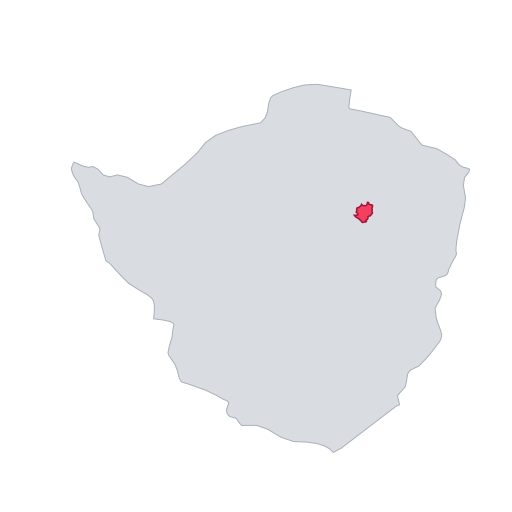 where Harare sits in Zimbabwe, rotated 10°
{"feature_id": "ZWE-525", "entity_name": "Harare", "entity_type": "City", "adm_level": 1, "iso_a3": "ZWE", "parent_name": "Zimbabwe", "parent_adm1": "", "projection": "albers", "projection_center": [31.074, -17.86], "detail": "fine", "context": "in_parent", "style": "filled", "palette": "rose", "viewbox_px": 512, "rotation_deg": 10, "n_neighbors": 0, "source": "natural_earth", "source_scale": "10m", "svg_char_len": 3446}
<svg xmlns="http://www.w3.org/2000/svg" viewBox="0 0 512 512"><g transform="rotate(10 256 256)"><path d="M366.3,436.0L361.8,433.0L355.7,431.0L347.9,430.1L337.8,430.5L325.3,432.2L312.0,430.2L297.7,424.6L285.8,422.7L271.7,425.3L271.1,425.3L268.6,423.4L264.7,419.3L258.2,418.6L256.5,417.7L255.0,416.2L254.1,414.2L253.7,412.0L254.7,405.1L254.1,404.4L252.3,403.6L248.8,402.8L240.2,399.8L229.5,396.9L212.0,393.9L205.2,393.1L203.7,392.2L201.7,389.7L198.2,381.9L194.9,376.7L187.3,368.9L186.1,366.4L186.3,360.0L186.8,354.9L187.5,350.5L187.1,346.4L186.9,341.4L187.1,338.0L186.0,336.5L183.3,335.5L175.5,335.2L166.1,335.6L165.7,330.4L164.6,322.5L162.7,317.9L160.5,315.6L156.1,313.2L147.3,310.0L135.2,305.0L124.8,297.6L112.8,288.4L109.1,286.8L104.6,277.9L97.5,262.8L97.8,257.6L96.8,255.2L90.1,247.8L88.6,243.9L87.3,240.0L76.8,229.2L73.1,224.5L70.3,218.4L67.5,213.5L65.2,211.6L62.2,208.3L60.0,204.5L59.0,201.7L59.6,197.8L60.5,195.1L70.4,197.6L75.8,197.7L79.9,196.2L85.1,197.9L91.5,202.7L98.2,203.5L105.4,200.2L115.3,200.8L127.8,205.5L138.0,206.3L150.2,201.6L160.8,189.1L170.8,177.3L180.7,163.8L186.6,153.0L195.4,144.1L207.1,137.1L219.1,131.2L237.4,124.0L241.1,118.2L242.2,111.9L242.1,103.2L243.0,97.5L244.9,94.9L248.0,92.9L251.9,90.2L264.0,83.5L274.2,79.1L286.6,76.3L300.3,76.1L313.4,76.0L320.9,76.0L321.0,84.4L321.6,93.8L323.1,94.8L333.0,94.9L348.8,95.6L364.0,96.2L373.8,103.1L377.0,104.5L387.1,106.4L400.0,117.9L415.5,119.0L426.2,122.7L435.5,126.7L440.9,131.4L444.4,132.5L449.1,132.9L451.4,133.4L450.9,136.8L447.7,142.5L448.0,150.7L452.2,162.1L452.7,172.1L451.2,189.5L451.1,206.5L451.5,212.5L452.1,216.5L453.0,218.7L452.8,221.2L450.2,228.3L448.1,235.8L448.0,238.7L447.1,240.8L445.6,242.7L438.9,246.1L437.7,248.2L437.7,252.1L438.5,255.3L441.0,256.6L444.0,258.4L445.2,260.9L445.2,263.4L444.2,268.2L441.4,276.0L444.0,285.0L446.9,290.9L451.0,297.7L452.7,301.9L452.6,304.9L451.9,307.9L445.6,320.2L441.1,327.8L435.6,336.0L428.4,341.1L426.6,343.6L425.8,346.4L426.0,352.6L425.6,359.0L419.5,368.9L423.2,377.5L422.3,378.3L420.2,379.5L411.4,389.0L402.5,398.7L396.0,405.8L388.6,413.8L380.3,422.8L373.3,430.5L366.3,436.0Z" fill="#d9dde1" stroke="#a8b0b8" stroke-width="1"/><path d="M354.9,187.5L355.2,187.4L355.6,187.2L355.9,186.9L356.3,186.1L356.5,183.8L357.4,183.8L357.6,183.9L357.8,184.1L357.9,184.5L358.0,184.9L358.2,185.3L358.6,185.4L359.5,185.6L361.2,185.5L361.7,185.7L361.9,185.9L362.1,186.5L362.2,187.1L362.1,187.7L361.9,188.6L361.9,188.9L362.0,189.3L362.2,189.6L362.4,190.0L362.4,190.3L362.4,190.9L362.4,191.2L362.5,191.7L362.7,192.2L363.1,193.2L363.2,193.5L363.1,193.9L362.9,194.3L362.4,194.8L362.2,195.1L362.1,195.5L362.0,196.1L361.8,196.4L361.3,196.7L359.5,197.5L359.4,197.6L359.4,197.8L359.6,198.4L359.6,198.7L359.7,199.3L359.6,199.6L359.4,200.5L358.9,201.0L358.2,201.4L358.1,201.8L358.0,202.0L358.2,202.3L358.7,202.6L358.6,202.9L357.7,203.6L357.4,203.7L356.7,203.8L356.4,203.9L356.2,204.0L355.7,204.3L355.4,204.4L355.2,204.5L354.9,204.4L354.4,204.1L353.2,203.1L350.8,201.5L348.8,200.7L348.2,200.5L347.2,200.1L345.8,198.8L347.2,198.6L348.8,198.0L349.1,197.7L349.0,196.9L348.7,196.6L348.5,196.2L347.4,195.7L347.1,195.4L347.0,195.1L347.1,194.7L347.4,194.0L347.4,193.3L347.3,193.0L347.1,192.8L347.0,192.5L347.0,192.1L347.1,191.4L347.2,191.1L347.4,190.8L347.9,190.7L348.4,190.5L349.0,190.1L350.5,188.4L351.0,186.7L351.9,187.5L352.1,187.6L352.4,187.7L352.9,187.7L353.5,187.7L354.0,187.5L354.9,187.5Z" fill="#f43f5e" stroke="#9f1239" stroke-width="1.5"/></g></svg>